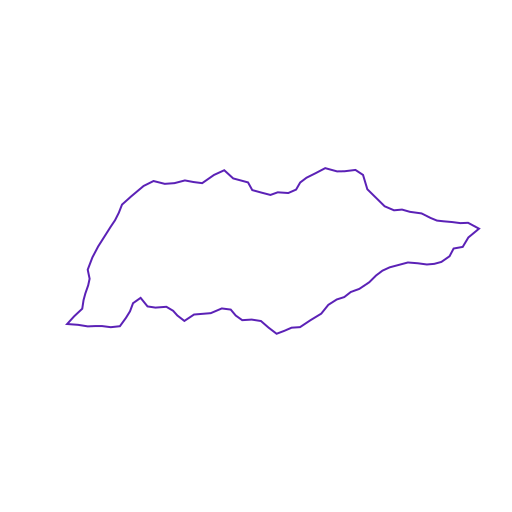 outline of Alvinlândia, São Paulo, Brazil, rotated 230°
{"feature_id": "56859067B75743484543184", "entity_name": "Alvinlândia", "entity_type": "district", "adm_level": 2, "iso_a3": "BRA", "parent_name": "Brazil", "parent_adm1": "São Paulo", "projection": "natural_earth1", "projection_center": [-49.762, -22.451], "detail": "fine", "context": "isolated", "style": "outline", "palette": "violet", "viewbox_px": 512, "rotation_deg": 230, "n_neighbors": 0, "source": "geoboundaries", "source_scale": "gbopen_adm2", "svg_char_len": 1417}
<svg xmlns="http://www.w3.org/2000/svg" viewBox="0 0 512 512"><g transform="rotate(230 256 256)"><path d="M379.3,225.7L381.9,214.9L381.9,198.4L381.5,186.4L377.3,178.7L374.0,171.0L371.9,163.7L368.5,153.0L364.8,141.3L360.1,129.8L353.7,118.3L345.5,113.9L341.4,108.6L337.0,101.2L333.1,95.6L327.3,89.0L326.7,78.0L325.3,67.6L317.6,75.5L310.2,81.9L305.9,87.5L301.2,93.1L294.8,99.0L289.7,106.6L292.2,116.6L294.6,123.9L298.9,131.5L298.1,140.7L287.1,140.5L281.1,145.8L274.7,154.7L267.3,157.3L261.0,157.5L252.3,159.4L251.0,170.9L241.3,184.6L237.8,196.1L231.2,202.2L223.4,202.2L215.7,204.2L210.1,211.8L203.0,218.0L193.0,219.6L183.2,221.8L180.6,229.2L178.2,237.2L173.2,244.0L171.8,256.5L169.9,268.9L172.1,280.0L170.8,289.9L167.8,297.2L167.5,305.5L164.4,314.0L163.1,325.9L163.9,335.5L163.5,343.4L161.4,351.1L153.4,368.2L146.4,375.3L139.7,381.4L135.4,387.5L132.3,394.2L131.4,404.1L134.7,412.2L130.1,420.2L133.7,430.6L133.6,444.4L145.1,439.8L149.8,433.7L155.8,428.2L161.8,422.2L166.8,417.4L172.9,414.2L182.2,410.2L190.9,402.3L197.7,397.7L202.3,391.1L211.4,386.5L227.1,385.0L235.6,384.2L249.3,390.1L258.0,387.5L264.0,378.3L268.7,372.5L278.8,365.5L281.1,355.0L283.5,345.0L283.9,337.1L281.1,329.4L283.5,321.2L290.8,313.6L293.5,306.3L300.8,301.1L308.9,295.5L317.5,297.2L330.1,288.4L342.1,286.8L345.1,275.9L346.4,261.6L352.8,255.7L359.6,250.1L364.2,240.4L369.9,232.5L379.3,225.7Z" fill="none" stroke="#5b21b6" stroke-width="2"/></g></svg>